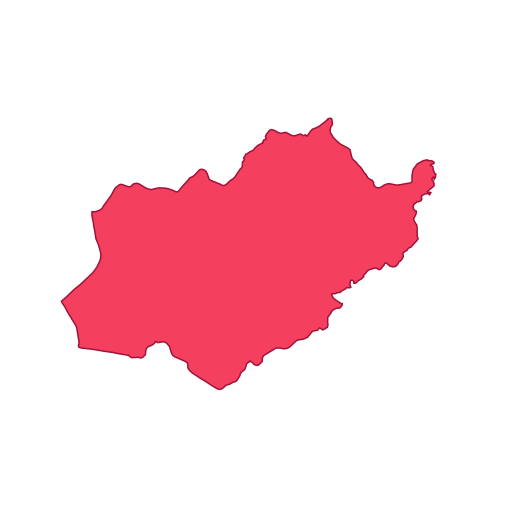 outline of Bam, Bam, Burkina Faso, rotated 251°
{"feature_id": "67063806B14953893434288", "entity_name": "Bam", "entity_type": "district", "adm_level": 2, "iso_a3": "BFA", "parent_name": "Burkina Faso", "parent_adm1": "Bam", "projection": "natural_earth1", "projection_center": [-1.611, 13.44], "detail": "fine", "context": "isolated", "style": "filled", "palette": "rose", "viewbox_px": 512, "rotation_deg": 251, "n_neighbors": 0, "source": "geoboundaries", "source_scale": "gbopen_adm2", "svg_char_len": 6149}
<svg xmlns="http://www.w3.org/2000/svg" viewBox="0 0 512 512"><g transform="rotate(251 256 256)"><path d="M143.9,195.8L144.7,197.8L148.2,201.9L149.9,202.9L151.1,204.9L152.0,207.5L152.5,208.4L153.5,209.5L156.7,211.7L157.5,212.8L157.8,213.7L158.2,216.1L158.7,216.2L156.4,217.9L154.3,218.7L153.5,219.4L152.8,220.5L152.0,222.1L152.4,223.6L153.7,226.5L154.4,227.7L157.2,228.7L158.6,229.9L159.0,229.9L159.2,230.2L162.0,242.9L162.3,244.5L162.1,246.2L161.0,249.1L159.3,251.8L158.7,253.9L158.6,256.1L159.1,258.4L160.1,260.8L162.0,264.8L162.8,266.8L162.8,269.3L162.2,272.2L161.9,274.9L162.3,276.3L162.2,278.1L162.9,279.1L164.1,281.2L164.8,282.0L166.4,284.9L166.4,286.3L165.8,289.5L165.8,290.0L166.2,290.9L167.0,291.8L167.2,292.7L166.9,293.2L164.6,294.7L164.4,295.1L164.7,297.6L165.1,298.8L165.3,300.2L166.4,301.0L167.9,301.8L170.3,302.1L171.1,302.7L171.9,302.7L172.8,303.2L174.7,304.0L175.4,304.7L176.0,306.0L177.0,307.1L177.5,308.2L178.4,308.8L179.7,310.8L180.2,312.8L180.4,315.6L179.6,317.4L179.7,318.5L180.0,319.5L180.9,320.4L181.1,321.0L181.8,321.6L182.7,322.0L182.6,321.4L183.3,321.2L184.7,319.9L188.9,316.8L191.5,315.2L194.9,314.9L195.3,315.1L195.6,315.7L194.9,317.3L194.6,318.7L194.8,320.7L194.2,323.8L194.4,324.4L195.1,325.7L195.8,330.0L196.6,331.4L195.5,333.9L195.5,334.5L195.7,335.6L196.4,335.4L198.9,335.7L200.1,336.4L201.0,336.7L201.7,337.2L202.1,337.8L202.1,338.3L201.5,339.3L200.8,340.0L200.1,340.2L199.6,340.1L198.9,339.6L198.5,339.6L198.2,340.0L198.0,340.8L198.1,342.0L198.3,342.7L199.2,344.0L199.9,347.8L201.3,351.1L203.0,351.6L204.1,354.4L205.3,355.9L205.9,357.5L206.2,359.0L205.8,364.3L205.5,365.5L204.5,366.7L203.4,367.3L203.1,367.9L202.9,369.1L203.4,370.5L204.6,372.1L205.8,374.2L206.8,375.0L207.4,375.8L206.9,376.7L206.2,377.4L203.0,379.2L201.3,381.5L200.7,384.5L201.8,387.0L203.8,389.1L204.4,391.3L206.1,393.7L207.2,394.8L208.3,395.4L210.4,395.6L211.0,396.1L211.7,397.8L212.1,400.4L213.6,402.4L213.8,403.1L214.0,405.5L216.7,410.2L217.8,412.5L219.6,414.9L222.2,414.9L230.2,417.5L233.5,418.1L234.4,417.6L237.8,416.9L239.7,417.1L243.5,420.9L244.8,421.7L246.1,422.2L247.6,420.8L249.7,420.2L250.0,420.4L251.4,420.7L252.0,421.0L253.4,422.3L253.9,422.4L253.9,423.8L254.9,426.1L254.7,426.6L254.4,427.0L254.5,429.6L254.6,430.0L255.9,431.4L256.7,431.4L257.1,431.0L257.5,431.1L258.4,432.2L258.9,432.1L259.3,432.8L259.6,436.2L259.3,437.7L259.4,438.8L258.9,439.1L258.5,439.5L257.7,439.7L257.3,440.1L257.5,440.4L258.4,440.7L258.9,442.0L259.4,441.8L259.9,439.8L260.6,438.9L261.1,438.8L261.3,439.1L261.5,440.1L262.7,442.6L263.0,444.2L263.7,445.2L264.1,446.9L266.2,447.9L266.6,447.5L267.7,448.0L268.7,448.1L271.3,447.2L271.9,447.8L272.8,449.6L270.6,449.6L271.5,450.8L272.8,451.7L274.8,452.7L276.1,451.8L278.7,451.7L282.2,452.0L282.6,452.3L282.9,452.3L285.0,450.4L285.8,451.5L285.4,453.3L285.7,454.5L286.3,454.8L287.0,454.7L288.3,453.7L289.2,452.5L290.1,449.6L291.0,449.6L291.3,448.4L291.7,445.3L291.3,442.6L290.6,438.5L287.0,433.2L285.0,431.7L281.1,429.6L275.6,427.8L275.2,427.2L274.8,425.8L275.6,421.6L275.8,419.6L276.2,417.8L276.3,416.4L277.2,412.1L279.8,407.7L280.9,405.7L281.4,403.9L281.5,402.3L281.3,400.0L280.6,397.7L280.3,395.0L280.5,393.9L281.1,392.7L282.7,391.2L284.3,390.7L285.7,390.6L287.5,391.1L289.6,390.6L291.3,388.8L294.2,386.8L295.1,387.0L296.1,386.6L297.0,386.7L299.4,385.5L304.3,384.3L306.1,383.7L308.9,382.2L311.4,381.5L315.9,379.0L318.9,378.7L325.8,379.5L328.1,378.1L334.3,372.2L338.5,369.8L342.7,367.8L348.2,366.6L349.6,366.7L351.8,367.5L353.6,368.7L355.1,370.6L356.1,371.3L360.3,372.2L360.9,372.2L361.5,371.8L362.2,370.8L362.3,369.7L362.1,368.3L361.1,366.7L358.3,358.8L357.7,355.0L357.5,350.6L356.9,349.4L354.8,346.1L352.9,343.7L352.9,343.1L353.2,342.8L353.6,342.9L354.5,342.0L354.6,341.5L354.4,340.3L354.7,339.5L355.8,338.7L356.3,338.5L356.8,337.8L357.0,336.5L357.0,333.4L356.8,332.8L357.6,330.1L358.7,328.7L363.1,324.6L363.5,323.0L363.8,319.8L364.7,318.1L365.9,316.8L368.3,314.8L370.2,312.3L370.5,311.7L370.4,309.5L369.6,308.5L367.7,305.5L366.4,304.2L365.7,303.8L364.0,304.0L363.7,303.5L363.2,303.3L363.0,302.7L363.2,302.3L363.3,301.5L362.8,300.7L362.1,300.2L361.6,299.4L360.8,299.3L360.5,299.0L360.7,297.6L360.2,296.4L360.3,295.7L359.9,293.5L359.2,292.1L358.7,290.5L357.4,288.6L356.9,287.4L356.6,286.1L356.5,283.8L355.9,282.6L355.9,281.7L355.5,280.7L355.6,279.5L354.1,278.1L353.0,276.6L352.5,276.1L351.1,276.4L350.0,275.4L349.4,273.9L345.0,272.1L344.1,271.0L343.7,270.4L343.4,269.4L337.3,261.4L336.4,259.1L335.7,256.3L334.3,253.1L333.3,251.1L333.1,249.6L333.2,248.4L333.7,247.2L335.5,245.6L342.4,237.7L343.9,236.7L349.6,236.7L352.3,236.3L354.1,235.2L355.2,233.8L355.8,232.5L356.0,231.4L355.6,230.1L352.1,223.6L351.6,221.0L351.5,219.3L351.1,218.2L350.2,217.1L345.8,209.1L343.6,205.6L342.4,203.5L342.2,202.4L343.0,201.0L345.4,198.5L347.3,196.1L349.2,193.3L351.7,187.3L352.4,184.3L352.8,179.0L353.6,177.4L354.7,175.6L356.4,173.8L362.4,168.7L363.7,166.7L364.0,164.3L363.8,162.6L362.8,161.1L362.5,159.7L362.6,158.7L363.9,156.7L366.8,153.2L367.7,151.7L367.9,150.3L366.7,146.5L365.7,144.5L360.4,138.7L352.7,127.7L350.9,125.7L350.3,123.5L350.1,118.9L351.2,115.3L347.5,114.0L341.6,113.3L336.9,112.3L332.7,111.8L324.6,110.3L317.8,110.7L310.2,110.2L307.5,109.7L304.0,108.1L301.5,106.1L297.5,102.1L295.0,98.8L292.9,95.3L286.4,81.0L283.7,73.5L280.9,67.3L279.1,63.6L276.6,57.4L275.9,57.2L270.0,58.7L264.4,59.6L247.8,63.2L245.2,62.9L232.5,60.7L230.7,60.0L229.3,59.1L227.7,58.7L227.2,59.1L225.7,61.2L221.0,71.2L216.6,79.1L211.5,89.0L208.2,94.6L204.8,101.0L203.9,102.2L204.0,103.0L203.1,103.3L201.8,104.3L200.6,104.8L199.4,108.4L198.9,110.7L198.4,111.8L197.0,114.0L197.1,115.9L198.4,118.8L199.3,119.6L202.5,121.0L203.6,121.8L205.1,123.6L205.6,126.4L205.4,127.8L206.2,130.8L206.5,131.7L207.7,132.6L207.9,133.0L206.0,135.1L205.3,139.4L205.0,140.7L204.0,142.2L202.5,143.2L198.7,144.7L191.8,144.5L189.6,144.8L187.4,146.1L179.2,155.0L177.4,156.1L176.3,156.3L173.6,155.6L172.6,155.2L171.4,155.3L169.3,156.0L166.4,157.5L158.0,163.9L154.2,167.2L148.3,171.7L143.2,176.0L141.9,177.9L141.6,178.7L141.5,179.7L141.8,181.2L142.4,183.1L143.5,185.3L143.6,186.3L143.3,189.1L144.1,193.4L143.9,195.8Z" fill="#f43f5e" stroke="#9f1239" stroke-width="1.5"/></g></svg>